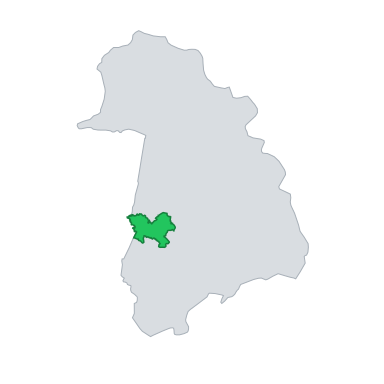 location of Boulgou, Boulgou, Burkina Faso, rotated 100°
{"feature_id": "67063806B79770817740465", "entity_name": "Boulgou", "entity_type": "district", "adm_level": 2, "iso_a3": "BFA", "parent_name": "Burkina Faso", "parent_adm1": "Boulgou", "projection": "natural_earth1", "projection_center": [-0.458, 11.461], "detail": "fine", "context": "in_parent", "style": "filled", "palette": "green", "viewbox_px": 384, "rotation_deg": 100, "n_neighbors": 0, "source": "geoboundaries", "source_scale": "gbopen_adm2", "svg_char_len": 8334}
<svg xmlns="http://www.w3.org/2000/svg" viewBox="0 0 384 384"><g transform="rotate(100 192 192)"><path d="M285.4,247.5L275.7,247.9L272.1,249.2L270.0,249.2L269.9,248.2L269.7,247.6L257.4,244.1L248.8,242.1L240.0,239.8L239.5,242.0L238.3,243.3L236.4,243.4L235.1,243.1L234.2,244.7L232.8,246.9L230.7,247.9L228.8,249.2L227.7,250.4L226.8,250.4L224.8,247.7L222.2,247.4L217.2,247.9L215.0,247.1L211.9,246.8L204.8,247.3L193.3,246.2L191.4,246.8L190.9,247.3L179.5,247.4L167.0,247.6L156.5,247.7L147.3,247.8L147.3,247.3L144.4,247.3L144.0,248.2L141.4,259.2L141.1,265.2L142.5,268.9L144.0,271.2L145.8,272.2L145.9,273.5L144.5,275.3L144.7,277.0L146.3,278.8L146.7,280.8L145.9,282.8L146.0,287.6L147.3,295.2L147.3,300.2L146.1,302.4L146.7,306.3L148.9,311.8L149.3,314.1L148.5,315.2L146.6,316.6L144.7,316.5L142.5,313.2L141.5,311.7L139.8,308.4L138.3,305.0L136.2,303.5L134.2,302.2L131.7,297.9L129.4,295.9L126.9,296.4L123.2,295.6L115.8,294.6L107.9,294.9L104.6,295.9L101.4,297.4L93.1,300.9L89.8,302.6L87.4,306.9L84.6,306.8L81.8,305.4L80.0,303.4L76.3,303.9L72.6,302.0L69.1,298.2L66.6,297.0L63.3,294.3L62.4,289.2L60.3,285.6L58.4,280.6L55.6,278.4L52.3,277.2L47.7,277.4L44.7,275.4L42.4,272.5L43.0,270.0L44.1,266.4L44.3,262.9L45.0,257.3L44.6,250.2L43.8,245.3L46.3,243.3L49.2,241.5L51.0,238.1L52.9,230.6L53.7,224.2L53.2,221.8L52.2,219.9L51.5,217.1L51.0,213.7L51.6,210.7L53.8,208.0L56.5,205.7L58.5,204.6L63.7,203.4L70.1,201.7L73.9,199.8L76.6,197.8L78.1,196.3L79.7,193.2L82.2,190.7L84.1,188.3L84.4,181.4L84.4,177.5L83.0,175.3L82.2,173.5L91.8,168.1L91.9,164.4L90.6,160.1L88.7,156.7L88.0,153.8L90.7,150.4L93.1,147.8L94.8,145.6L98.6,142.2L102.5,141.3L106.0,142.6L116.5,150.5L118.3,151.0L120.4,150.4L123.2,148.3L126.8,146.7L128.1,141.4L128.0,133.6L128.9,130.0L130.7,129.4L136.8,130.9L138.3,131.0L140.1,130.5L141.4,129.1L141.3,126.6L141.0,124.4L143.0,117.1L146.6,111.7L153.9,104.9L156.1,103.6L158.7,102.9L171.7,107.5L173.8,106.4L177.0,94.8L180.5,93.7L184.7,93.5L187.5,92.5L188.9,91.7L195.1,87.3L205.9,81.4L211.8,78.8L212.9,77.8L217.1,73.6L222.7,68.7L226.2,67.8L231.1,67.4L234.2,68.2L235.0,69.6L236.0,70.3L242.4,68.2L251.6,71.5L259.5,74.8L259.0,76.8L258.9,80.4L258.3,86.2L257.5,93.0L260.7,97.5L264.7,102.3L265.7,104.1L264.7,108.8L265.4,111.6L267.5,116.2L271.0,122.0L274.6,128.0L277.1,128.8L279.5,129.3L280.9,130.4L283.1,131.4L285.2,132.1L287.0,133.4L288.2,134.7L289.7,138.4L293.8,140.9L296.6,143.3L295.5,144.5L291.9,144.0L288.6,143.0L288.2,144.7L288.0,151.5L288.6,157.2L289.3,158.0L292.7,159.0L300.7,166.4L308.0,173.3L310.4,175.1L314.4,175.8L318.9,176.1L320.8,175.5L325.2,172.0L327.5,171.6L329.6,171.7L330.8,172.2L332.8,175.1L334.8,179.4L335.4,182.6L335.2,184.3L334.5,184.9L331.0,185.8L329.4,186.4L329.1,187.4L329.6,189.5L330.3,190.9L334.2,197.1L339.9,205.5L341.6,207.7L340.6,210.2L337.8,216.7L335.6,219.5L326.2,228.8L321.6,227.7L311.8,229.5L310.4,227.4L308.1,227.1L305.3,227.5L304.3,228.3L303.9,229.2L302.9,230.5L301.2,234.2L299.8,235.1L298.0,235.7L295.9,235.6L294.7,236.1L294.7,237.9L294.3,239.5L292.9,240.3L292.3,242.1L292.4,243.8L291.5,244.6L289.7,244.2L288.6,243.7L287.6,246.0L286.3,247.5L285.4,247.5Z" fill="#d9dde1" stroke="#a8b0b8" stroke-width="1"/><path d="M245.8,205.7L245.2,205.7L244.9,205.9L243.1,208.1L242.6,208.7L242.3,209.3L241.7,210.0L241.3,210.7L241.1,211.4L241.0,211.7L240.3,211.9L240.2,211.8L240.1,211.7L239.7,210.7L239.5,210.3L238.6,210.4L237.6,210.3L237.0,210.1L235.9,209.4L234.6,209.3L234.3,209.2L234.0,208.8L233.8,208.0L233.7,207.8L233.6,207.1L233.5,206.8L233.5,206.3L233.4,206.0L232.4,204.8L232.4,204.6L233.3,203.6L233.4,203.4L233.4,203.1L232.8,203.1L232.4,203.1L230.6,202.4L230.1,202.3L229.8,202.4L229.4,202.5L229.0,202.8L228.0,203.6L227.4,204.3L227.2,204.8L226.8,205.4L226.6,205.6L226.6,205.9L226.5,206.1L226.5,206.3L226.4,206.5L226.5,206.6L226.4,206.6L226.4,206.8L226.3,206.7L226.3,206.9L226.2,206.9L225.8,206.9L225.7,207.3L225.4,207.5L225.2,207.8L224.9,208.1L224.7,208.1L224.3,207.9L224.1,208.2L224.1,208.4L223.7,208.6L220.2,208.7L220.1,209.2L219.9,209.4L219.9,209.6L220.2,209.8L220.3,209.9L220.3,210.0L220.3,210.3L220.1,210.8L219.5,212.1L219.3,212.3L219.0,212.5L218.7,212.5L218.3,212.8L217.7,212.8L217.4,212.9L217.3,216.8L218.3,218.1L219.2,219.1L219.5,219.4L220.5,220.5L220.8,220.6L220.9,220.9L221.0,220.9L221.0,221.0L221.2,220.9L221.4,221.0L221.5,220.9L221.6,221.0L221.8,221.2L222.1,221.2L222.2,221.4L222.2,221.8L222.3,222.0L223.1,222.5L223.5,223.0L224.0,223.2L224.2,223.3L224.4,222.9L224.5,222.5L224.8,222.1L224.9,221.8L225.2,221.8L225.8,222.3L226.3,222.8L226.6,223.3L226.8,223.8L226.9,224.0L227.3,224.3L227.7,224.4L228.0,224.7L228.1,224.8L228.6,225.0L228.8,225.1L228.9,225.4L229.3,225.5L229.8,225.9L230.0,225.9L230.3,226.1L230.0,226.8L229.8,226.8L229.7,226.8L229.4,227.0L228.8,227.8L228.9,228.0L229.2,228.4L229.4,228.8L229.5,229.6L230.1,229.5L230.1,229.9L229.8,230.1L229.5,230.1L229.3,230.1L228.9,229.9L228.6,229.6L228.4,229.2L228.1,229.0L227.8,228.9L227.5,228.9L227.3,229.0L227.2,229.5L227.3,230.0L227.2,230.3L226.6,230.8L226.1,230.9L225.9,231.0L225.6,231.3L225.4,231.7L225.4,232.5L225.2,233.1L224.9,233.4L224.8,233.5L224.2,233.4L223.8,233.5L223.6,233.8L223.4,234.0L223.2,234.3L223.2,234.6L223.2,234.8L223.6,235.1L223.8,235.4L224.0,236.1L223.8,236.4L223.6,236.6L223.4,237.2L222.8,237.6L222.5,238.0L222.5,238.5L222.6,238.8L222.6,239.0L222.8,239.2L222.6,239.8L222.8,240.0L223.1,240.2L223.3,240.2L223.5,240.1L223.9,240.3L223.8,240.5L224.0,240.6L224.1,240.8L223.9,241.0L223.8,241.3L223.6,241.5L223.3,242.0L223.5,242.2L223.5,242.4L223.6,242.5L223.9,242.6L224.1,242.5L224.3,242.6L224.5,242.5L224.7,242.9L225.1,243.1L225.2,243.3L225.3,244.1L225.6,244.5L225.6,244.8L225.6,245.1L225.4,245.3L225.3,245.2L225.2,245.2L225.1,245.3L224.9,245.9L225.0,246.0L224.9,246.0L224.7,246.6L224.7,246.9L224.9,247.1L225.0,247.1L225.2,246.7L225.4,246.7L225.7,247.0L225.6,247.4L225.5,247.5L225.4,247.6L225.3,247.8L225.3,248.0L225.6,248.3L225.9,248.0L226.0,247.9L226.1,248.0L226.5,248.0L226.5,248.3L226.4,248.5L226.2,248.6L226.0,248.8L225.9,249.1L226.3,249.5L226.4,249.2L226.5,249.1L226.8,249.3L226.7,249.6L226.8,249.7L227.2,249.8L227.4,249.9L227.6,250.3L227.9,251.5L228.3,251.4L228.8,251.1L228.8,250.2L228.9,249.7L229.1,248.9L229.5,248.4L229.8,248.0L230.2,248.0L230.5,248.4L231.2,247.6L231.4,247.8L231.7,247.9L231.9,247.8L232.2,247.5L232.4,246.8L232.8,246.5L233.1,246.1L233.4,246.1L234.1,246.3L234.8,245.9L234.6,244.8L234.7,244.2L234.9,243.4L235.0,242.9L236.3,241.9L236.5,241.9L236.9,242.1L237.1,242.1L237.0,242.4L237.0,242.8L237.2,243.1L237.2,243.5L237.7,244.1L237.8,244.1L237.8,243.8L237.9,243.7L238.2,243.7L238.3,243.5L238.5,242.8L238.6,242.6L238.9,242.5L239.4,242.4L239.6,242.3L240.5,242.1L241.0,241.8L240.9,241.3L240.8,241.2L240.4,241.1L240.3,240.9L240.4,240.6L240.6,240.6L240.7,240.4L240.8,239.7L241.0,239.6L246.4,241.2L247.3,241.4L247.3,241.0L247.2,240.2L247.5,239.4L247.7,238.4L247.9,237.5L247.7,237.0L247.7,236.8L247.9,236.6L248.5,236.4L248.8,236.3L248.9,236.1L249.1,235.5L249.1,234.8L249.1,234.3L249.3,234.0L250.0,233.2L250.3,232.8L250.6,232.4L250.8,231.9L250.8,231.6L250.7,231.4L250.1,231.0L249.9,230.8L249.8,230.7L248.1,231.2L247.2,231.5L246.8,231.9L246.4,231.8L245.4,231.9L244.7,231.5L243.9,231.7L243.6,231.7L243.4,231.6L243.4,231.1L243.4,230.6L243.6,230.2L243.6,229.8L243.7,229.7L243.9,229.8L244.0,229.7L243.9,229.6L244.0,229.4L244.3,229.0L244.5,228.8L244.5,228.7L244.4,228.6L244.3,228.3L243.9,228.1L243.8,227.9L243.9,227.2L244.0,227.0L244.2,226.8L244.4,226.4L244.3,226.1L244.4,225.9L244.2,225.8L244.2,225.4L244.3,225.2L244.5,225.1L244.6,224.9L244.1,224.3L244.2,224.1L244.4,224.0L244.7,223.9L244.8,223.8L244.9,223.4L244.9,223.2L245.0,223.3L245.1,223.1L245.2,222.8L244.9,222.4L244.2,222.1L244.2,221.9L244.1,221.7L244.0,221.3L244.2,220.7L244.3,220.5L244.6,220.5L244.6,220.4L244.6,220.1L244.8,220.1L245.0,219.8L245.2,219.6L245.3,219.4L245.0,219.2L245.3,218.9L245.3,218.5L245.7,218.3L245.8,218.1L246.0,218.1L246.1,217.8L246.2,217.7L246.1,217.4L246.3,217.1L246.3,216.9L246.6,216.5L246.6,216.2L246.8,216.1L246.8,215.9L247.0,215.7L247.3,215.7L247.6,215.5L247.8,215.2L248.0,215.0L248.2,214.8L248.3,214.6L248.5,214.5L248.8,214.7L249.1,215.0L249.8,215.4L251.3,215.3L251.6,215.3L252.0,214.2L251.9,213.3L251.4,210.8L251.3,209.6L251.2,209.5L250.9,209.0L250.6,208.6L250.2,208.4L249.9,208.3L249.6,208.3L248.4,208.8L247.3,208.4L247.2,208.1L247.1,207.4L247.2,207.1L247.1,206.8L246.8,206.4L246.1,206.2L245.8,205.7Z" fill="#22c55e" stroke="#15803d" stroke-width="1.5"/></g></svg>